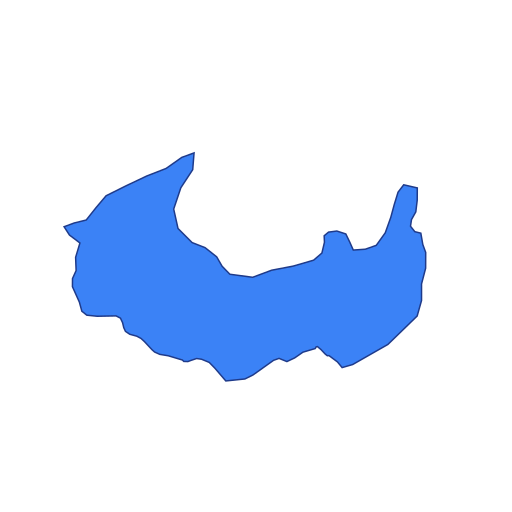 map outline of Sabirabad (Equal Earth projection), rotated 135°
{"feature_id": "AZE-1714", "entity_name": "Sabirabad", "entity_type": "District", "adm_level": 1, "iso_a3": "AZE", "parent_name": "Azerbaijan", "parent_adm1": "", "projection": "equal_earth", "projection_center": [48.677, 39.865], "detail": "fine", "context": "isolated", "style": "filled", "palette": "blue", "viewbox_px": 512, "rotation_deg": 135, "n_neighbors": 0, "source": "natural_earth", "source_scale": "10m", "svg_char_len": 1392}
<svg xmlns="http://www.w3.org/2000/svg" viewBox="0 0 512 512"><g transform="rotate(135 256 256)"><path d="M184.5,99.6L225.3,100.2L264.4,110.9L274.0,116.2L273.3,123.5L274.8,133.9L276.1,135.1L276.4,137.8L276.2,143.9L276.6,148.5L277.7,149.2L279.6,148.7L290.8,154.8L300.7,156.6L308.8,159.5L312.1,167.3L317.3,169.8L342.2,174.0L350.8,176.9L365.7,189.0L364.4,205.9L364.3,213.8L367.5,221.5L370.5,225.5L375.9,228.2L378.8,229.5L381.6,232.5L381.6,234.5L388.6,247.5L393.6,254.5L395.6,259.8L395.8,263.4L395.4,274.4L395.6,279.0L397.0,283.6L400.6,289.9L401.6,295.0L400.2,298.8L397.5,303.2L395.8,307.9L397.3,312.6L410.9,325.7L417.5,333.8L418.2,340.1L413.5,348.3L407.5,364.1L401.7,369.8L393.5,372.9L384.5,382.6L371.3,389.7L373.1,402.7L371.0,412.4L361.2,407.9L350.6,401.5L334.9,403.3L319.4,404.6L297.9,397.4L276.6,389.8L257.7,381.5L238.7,378.2L226.9,372.7L239.7,361.8L260.9,357.4L281.0,347.4L291.7,330.6L291.7,310.7L286.1,297.9L284.4,283.2L287.2,272.8L287.4,261.6L273.4,243.3L255.0,234.9L236.9,222.6L218.2,212.3L207.3,211.5L197.9,217.3L193.5,222.1L187.8,221.6L181.2,216.5L176.9,208.1L180.0,199.2L183.0,191.4L173.9,183.5L163.4,178.5L148.2,181.0L133.4,188.0L121.9,194.6L110.4,200.7L101.2,201.9L93.8,190.1L102.5,181.5L111.8,174.2L120.3,171.8L125.7,167.8L126.5,160.9L123.3,155.6L129.9,146.2L133.5,138.5L144.7,127.4L158.7,119.2L170.4,107.5L184.5,99.6Z" fill="#3b82f6" stroke="#1e3a8a" stroke-width="1.5"/></g></svg>